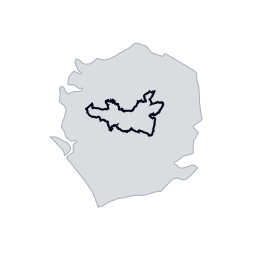 Tonkolili, Northern, Sierra Leone shown in context, rotated 31°
{"feature_id": "65957751B39959109464342", "entity_name": "Tonkolili", "entity_type": "district", "adm_level": 2, "iso_a3": "SLE", "parent_name": "Sierra Leone", "parent_adm1": "Northern", "projection": "mercator", "projection_center": [-11.945, 8.764], "detail": "fine", "context": "in_parent", "style": "outline", "palette": "ink", "viewbox_px": 256, "rotation_deg": 31, "n_neighbors": 0, "source": "geoboundaries", "source_scale": "gbopen_adm2", "svg_char_len": 7078}
<svg xmlns="http://www.w3.org/2000/svg" viewBox="0 0 256 256"><g transform="rotate(31 128 128)"><path d="M208.2,126.4L208.0,128.0L206.5,135.7L204.1,142.4L202.5,144.0L195.7,145.7L192.8,148.6L190.4,158.0L188.8,165.4L186.4,166.7L176.5,177.3L170.0,181.3L165.4,184.8L161.1,189.3L155.7,193.7L149.9,201.1L145.8,208.8L142.9,211.2L140.8,209.1L130.9,201.5L120.5,196.4L98.2,187.9L90.8,185.5L91.1,182.5L93.6,176.9L89.5,170.5L91.1,165.7L89.5,165.7L86.3,168.6L79.5,167.8L75.0,163.7L71.4,162.2L69.8,160.2L67.4,149.5L65.7,144.7L62.3,141.7L55.5,140.9L52.7,134.4L48.9,129.3L49.5,126.2L52.6,126.4L55.0,128.7L58.9,129.6L63.7,124.1L68.1,121.2L69.1,118.6L68.5,117.1L65.9,119.4L58.7,118.8L56.9,120.8L53.7,121.4L51.2,115.0L51.4,111.2L52.4,107.1L59.6,106.3L60.2,105.0L55.2,104.1L48.9,99.3L47.8,95.9L50.9,94.8L53.9,95.3L56.5,96.0L59.3,94.8L61.9,93.0L63.5,90.7L65.6,84.4L72.4,82.3L76.4,78.4L80.2,72.5L82.0,68.3L83.6,66.2L84.5,64.4L85.3,62.4L87.0,60.5L88.8,56.1L90.0,52.0L93.9,50.1L101.9,48.4L109.1,51.3L120.8,48.8L121.4,45.0L132.1,44.9L144.8,44.8L155.4,44.8L159.0,45.8L160.3,48.6L163.8,53.1L167.5,56.1L172.0,62.9L177.2,70.7L182.8,77.8L186.5,81.6L186.9,83.0L186.6,84.5L184.8,88.1L183.3,92.0L183.5,93.5L184.5,94.2L190.4,95.4L191.0,99.7L191.0,105.7L193.9,111.3L196.6,115.4L196.5,116.9L189.8,123.9L187.2,130.9L185.9,132.9L185.3,134.4L186.7,135.2L188.5,134.7L191.1,135.3L193.5,135.5L196.8,133.0L202.2,126.6L204.1,125.8L208.2,126.4ZM88.7,182.8L87.9,184.2L84.3,180.7L66.0,175.6L71.2,172.8L83.9,172.0L87.7,173.6L89.4,174.9L90.0,177.5L88.7,182.8Z" fill="#d9dde1" stroke="#a8b0b8" stroke-width="1"/><path d="M82.2,132.7L82.2,133.1L82.3,133.4L82.7,133.5L83.0,133.4L83.5,133.5L84.0,134.1L84.5,134.1L85.1,135.8L86.4,136.0L88.1,136.9L89.2,137.0L90.6,136.9L91.3,136.6L92.0,136.8L92.6,136.2L93.2,135.9L93.5,135.6L94.0,135.5L94.4,135.7L95.2,135.4L95.5,135.4L95.9,134.6L96.9,133.8L97.0,133.5L97.5,133.6L97.9,133.4L98.3,133.5L99.3,134.6L100.7,134.8L100.7,135.1L101.0,135.1L101.0,135.3L101.1,135.2L101.1,134.9L101.4,134.8L101.5,134.5L102.3,133.7L103.6,133.4L103.6,133.7L104.4,133.9L105.0,133.5L105.7,133.6L106.8,133.2L107.5,133.0L107.8,133.2L107.7,133.7L107.9,134.2L108.3,134.7L109.2,135.0L109.6,135.3L109.5,135.7L109.7,136.1L110.6,136.5L111.4,137.1L112.3,137.6L112.7,138.3L113.3,138.4L113.7,138.8L113.6,139.0L114.6,139.0L115.0,139.7L114.8,138.9L114.9,138.0L114.6,137.2L114.9,136.9L114.8,136.5L114.5,136.6L114.3,136.8L113.8,136.7L113.1,135.3L114.3,133.8L114.4,132.9L114.9,132.6L114.8,133.1L115.2,133.2L115.4,132.5L116.3,132.4L116.9,131.4L116.9,132.2L117.0,132.3L118.0,132.9L118.6,133.0L118.8,133.2L119.0,133.1L119.3,133.3L119.4,133.2L119.5,133.4L119.8,133.5L120.1,133.5L120.4,133.7L120.7,133.6L120.8,133.3L121.2,133.1L121.5,133.2L122.1,133.1L122.5,133.3L123.1,133.3L123.9,133.6L124.8,133.1L125.9,133.3L126.3,133.1L126.5,132.5L127.2,131.9L127.6,131.8L127.8,131.9L128.3,131.4L128.4,131.5L128.8,131.3L129.1,131.3L129.2,131.0L129.4,131.1L129.4,130.7L129.5,130.6L129.5,130.8L130.1,129.9L130.5,129.7L130.7,129.1L130.6,128.8L130.9,128.8L131.1,128.4L131.3,128.1L131.1,127.3L130.9,127.0L131.1,126.4L132.1,126.8L133.4,127.1L136.7,126.9L138.4,126.2L138.9,126.1L138.6,125.9L138.7,125.3L138.6,124.5L139.1,124.1L139.4,124.3L140.2,124.3L141.1,123.9L141.6,123.5L143.7,123.7L145.5,122.9L146.8,122.9L147.6,122.7L148.1,122.8L148.2,122.7L148.5,122.9L149.3,123.0L149.4,123.3L149.3,123.5L149.6,123.8L150.1,123.6L150.2,123.3L150.5,123.2L150.5,122.9L150.8,123.0L151.0,122.6L151.7,122.3L151.9,122.1L151.9,121.7L152.0,121.5L151.8,120.5L151.7,120.2L151.4,119.1L151.2,118.9L151.3,117.9L151.5,117.7L151.3,117.0L150.7,116.7L149.9,115.3L150.0,115.0L149.6,114.2L149.7,113.9L149.5,112.8L149.4,112.5L149.1,112.4L148.9,112.0L149.0,111.6L148.8,110.9L148.3,110.4L148.2,109.8L147.9,109.6L147.9,109.2L147.1,107.7L146.9,106.9L146.4,106.1L145.7,105.7L144.4,106.4L144.3,106.6L144.2,107.1L142.4,107.0L141.1,106.7L140.5,106.7L140.2,106.1L140.6,106.1L140.6,105.7L141.0,105.2L141.1,104.5L141.3,104.5L141.2,104.3L141.4,104.3L141.7,103.8L141.8,103.5L142.1,103.4L142.2,103.0L142.4,103.3L142.8,103.0L142.9,102.8L142.9,103.0L142.7,103.2L142.9,103.5L143.3,103.3L143.4,103.5L143.6,103.6L143.7,103.8L143.8,103.7L144.1,102.4L144.3,102.4L144.4,102.6L144.6,102.8L144.8,102.5L144.7,102.3L145.1,101.7L145.2,100.9L145.5,100.8L145.6,100.4L145.7,99.4L145.8,99.2L146.0,99.3L146.3,99.3L146.3,98.8L146.5,98.7L146.5,98.2L146.7,97.8L146.5,97.6L146.5,97.2L146.0,96.7L146.1,96.2L146.3,96.0L146.3,95.2L146.2,95.0L146.4,94.6L146.4,94.1L146.4,93.2L146.3,92.5L146.5,91.8L146.3,91.6L146.3,90.4L146.1,89.8L145.9,89.7L145.6,89.1L145.4,89.2L145.3,88.8L144.9,88.6L144.5,88.9L144.0,88.5L143.8,88.7L143.6,88.6L143.2,89.0L142.7,89.7L142.3,89.8L142.1,90.0L141.9,89.8L141.4,90.2L141.1,90.3L140.4,90.6L140.0,90.4L139.6,91.2L139.1,91.6L139.2,92.1L138.6,92.4L137.3,94.0L135.9,95.2L135.6,95.7L135.5,95.0L135.2,94.3L134.3,93.5L133.3,93.0L131.8,92.5L132.0,91.6L132.0,91.3L132.3,90.6L132.2,90.5L132.2,89.5L132.4,88.2L132.2,88.0L132.2,86.2L132.0,84.8L132.0,83.7L131.7,82.9L130.4,84.2L130.0,85.4L127.5,85.4L127.5,87.3L127.1,87.7L126.7,87.8L126.2,88.6L126.4,89.4L125.5,90.1L125.3,90.6L125.1,92.1L125.6,92.8L126.3,92.9L126.5,93.2L126.5,93.7L126.7,94.1L127.5,94.6L128.1,94.7L129.3,95.3L129.4,95.6L129.1,95.6L129.0,96.4L128.7,96.3L128.4,96.9L128.2,96.9L127.9,97.4L127.4,97.5L127.3,97.9L126.7,97.7L126.2,97.1L126.3,97.5L126.2,97.7L125.6,97.5L125.8,98.0L125.3,98.7L125.2,98.8L124.6,98.5L123.9,98.9L123.6,99.3L123.9,99.5L123.6,100.0L123.2,100.0L122.7,100.1L123.1,100.7L123.1,101.0L123.5,101.2L123.4,101.5L123.6,101.6L123.4,103.0L123.5,103.7L123.7,104.2L123.8,105.1L123.6,105.2L123.4,105.7L122.9,106.2L123.1,106.4L122.9,107.1L122.9,107.6L122.8,107.9L123.0,109.1L122.8,109.6L123.1,110.0L122.9,110.5L122.7,110.4L122.7,111.0L122.2,111.3L121.9,111.9L121.5,111.8L121.3,112.2L121.0,112.1L119.6,112.9L119.2,113.3L116.9,114.4L116.7,115.3L116.4,115.8L116.1,115.9L115.7,115.7L115.3,115.7L115.3,115.4L115.2,115.4L114.9,115.9L114.7,115.9L114.5,115.3L114.3,115.2L113.9,115.2L113.5,115.5L113.4,115.0L113.5,114.6L113.3,114.5L112.8,114.6L112.7,115.2L112.9,115.6L112.8,115.8L112.4,115.7L111.7,116.1L111.2,116.2L110.9,116.7L110.6,116.7L110.0,115.2L109.5,114.5L108.5,114.3L107.2,112.6L106.8,112.7L106.1,113.5L105.8,113.6L105.5,113.2L105.3,113.2L105.0,113.5L105.0,114.0L104.7,114.0L103.6,113.3L102.9,112.3L102.7,112.6L102.7,113.3L102.6,113.8L102.3,114.1L101.9,114.2L101.7,113.8L102.2,113.6L102.2,112.6L102.5,112.2L102.1,111.9L101.9,112.0L101.4,112.4L101.1,112.2L100.9,111.6L100.5,111.5L100.3,111.8L100.1,112.7L99.4,113.5L100.0,113.9L99.8,114.3L99.5,114.4L98.9,113.7L98.9,114.2L98.8,114.3L98.0,114.9L97.3,115.2L96.7,114.9L96.5,114.4L96.2,114.7L96.3,115.2L95.8,115.8L96.0,116.4L95.9,116.5L95.3,116.5L95.7,117.4L95.9,117.6L96.9,118.0L97.5,118.1L98.2,118.6L99.2,118.4L99.4,119.8L99.8,120.4L100.7,120.8L101.2,121.6L100.7,122.5L99.7,123.0L99.5,123.3L99.1,123.2L98.8,123.2L96.8,125.3L95.8,125.7L94.4,126.1L92.9,126.1L90.1,127.6L88.2,128.1L88.0,128.9L87.6,129.2L86.6,128.5L86.3,127.5L86.0,127.5L85.8,127.3L85.7,126.5L84.7,125.7L84.2,127.1L83.7,129.6L83.1,130.8L83.0,132.3L82.8,132.5L82.2,132.7Z" fill="none" stroke="#020617" stroke-width="2"/></g></svg>